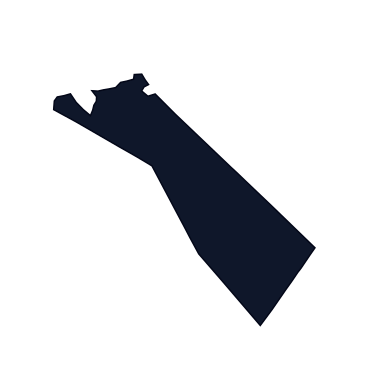 outline of Jupi, Pernambuco, Brazil, rotated 150°
{"feature_id": "56859067B99038374336772", "entity_name": "Jupi", "entity_type": "district", "adm_level": 2, "iso_a3": "BRA", "parent_name": "Brazil", "parent_adm1": "Pernambuco", "projection": "equal_earth", "projection_center": [-36.381, -8.72], "detail": "fine", "context": "isolated", "style": "filled", "palette": "ink", "viewbox_px": 384, "rotation_deg": 150, "n_neighbors": 0, "source": "geoboundaries", "source_scale": "gbopen_adm2", "svg_char_len": 823}
<svg xmlns="http://www.w3.org/2000/svg" viewBox="0 0 384 384"><g transform="rotate(150 192 192)"><path d="M270.6,332.5L257.4,310.9L232.0,266.8L222.2,250.1L216.6,240.1L213.6,234.6L214.8,201.4L215.3,188.0L215.6,179.6L216.1,165.2L216.6,153.8L217.1,135.0L210.5,100.8L199.6,42.3L181.6,50.1L159.9,60.4L149.2,65.3L140.6,69.5L135.9,71.4L121.5,78.4L113.4,82.2L129.5,138.5L140.3,175.2L143.1,184.9L146.0,194.3L149.0,204.6L167.6,267.9L174.9,295.3L182.3,297.0L185.1,304.7L181.0,307.0L175.9,306.8L176.5,312.5L176.6,319.2L183.3,322.6L186.2,318.9L192.9,320.6L199.0,322.6L205.9,320.6L212.7,322.9L217.5,324.7L223.0,326.4L228.0,329.7L227.0,322.2L229.5,318.4L233.6,316.2L237.1,312.5L241.8,308.9L245.0,317.8L247.5,327.5L248.2,337.8L254.6,339.4L261.2,341.7L265.7,339.7L270.6,332.5Z" fill="#0f172a" stroke="#020617" stroke-width="1.5"/></g></svg>